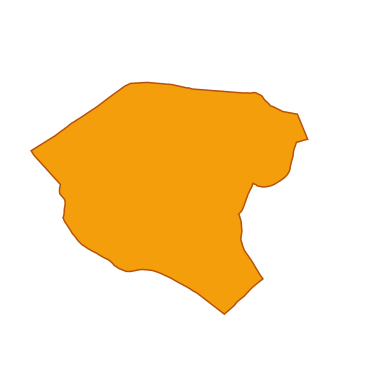 the district of Rahabah, Ma'rib, Yemen, rotated 65°
{"feature_id": "15242507B53834737304279", "entity_name": "Rahabah", "entity_type": "district", "adm_level": 2, "iso_a3": "YEM", "parent_name": "Yemen", "parent_adm1": "Ma'rib", "projection": "robinson", "projection_center": [45.139, 14.958], "detail": "fine", "context": "isolated", "style": "filled", "palette": "amber", "viewbox_px": 384, "rotation_deg": 65, "n_neighbors": 0, "source": "geoboundaries", "source_scale": "gbopen_adm2", "svg_char_len": 5992}
<svg xmlns="http://www.w3.org/2000/svg" viewBox="0 0 384 384"><g transform="rotate(65 192 192)"><path d="M160.8,319.8L162.2,319.8L164.0,319.9L165.9,319.8L167.6,319.5L169.6,319.1L171.4,318.9L173.3,318.6L175.2,318.4L177.2,318.2L178.9,318.0L180.7,317.5L182.5,316.9L184.4,316.6L186.4,316.2L188.2,315.8L190.0,315.2L191.7,314.5L193.4,313.9L194.9,312.9L196.5,311.9L198.0,311.0L199.6,310.1L201.0,309.0L202.7,307.9L204.1,306.8L205.6,305.6L207.0,304.4L208.5,303.5L210.1,302.5L211.6,301.5L213.1,300.4L214.7,299.2L216.2,298.0L217.6,296.8L217.7,296.7L220.2,295.3L222.9,294.2L225.7,293.5L230.6,290.4L236.1,285.3L238.0,281.5L238.6,279.1L239.1,277.2L239.6,274.9L240.1,272.8L240.8,270.9L241.6,269.0L242.7,267.2L243.6,265.5L244.6,263.9L245.7,262.1L246.8,260.6L248.1,259.2L249.5,257.7L250.9,256.3L252.7,254.6L254.2,253.4L255.7,252.1L258.9,249.4L260.3,248.2L261.8,247.1L263.3,246.0L264.1,245.5L266.5,243.8L269.9,241.3L271.6,240.0L273.3,238.8L274.8,237.6L276.4,236.4L277.9,235.4L279.6,234.3L281.1,233.4L282.8,232.3L284.3,231.2L285.8,230.1L316.4,214.3L312.6,201.3L311.9,200.1L310.9,198.0L310.3,196.5L308.3,188.2L307.6,186.8L306.9,185.1L306.2,183.2L305.4,181.3L304.7,179.5L304.0,177.6L303.4,175.5L302.9,173.6L302.4,171.7L301.9,169.5L301.0,165.7L300.7,164.4L300.2,164.5L299.9,164.6L299.5,164.6L299.2,164.8L298.9,164.8L298.4,164.9L298.1,164.9L297.8,165.0L297.5,165.0L297.0,165.1L296.6,165.2L296.0,165.3L295.3,165.4L294.7,165.4L294.0,165.5L293.3,165.6L292.7,165.7L292.0,165.8L291.4,165.8L290.8,165.8L290.2,166.0L289.5,166.0L288.4,166.2L288.0,166.2L287.4,166.3L286.9,166.3L286.6,166.4L285.6,166.4L285.0,166.5L284.5,166.5L283.9,166.6L283.1,166.6L282.5,166.7L281.9,166.7L281.5,166.8L280.9,166.9L280.5,166.9L280.2,167.0L279.8,167.0L279.3,167.1L279.0,167.1L278.5,167.2L277.9,167.3L277.3,167.4L276.6,167.5L275.7,167.7L274.9,167.9L273.7,168.0L272.8,168.2L271.9,168.4L271.0,168.6L270.2,168.7L269.5,168.8L268.6,169.0L268.1,169.0L267.3,169.1L264.4,169.1L263.8,169.0L263.4,169.0L262.8,168.9L262.1,168.8L261.4,168.7L260.7,168.6L260.1,168.5L258.9,168.3L257.8,168.2L257.3,168.1L257.1,168.1L256.7,168.0L256.2,167.9L255.8,167.8L255.3,167.6L254.5,167.2L254.1,166.9L253.5,166.6L253.1,166.4L252.7,166.1L252.2,165.7L251.3,165.0L250.9,164.8L250.4,164.5L250.2,164.3L249.5,164.0L248.9,163.6L248.4,163.3L248.1,163.1L247.7,163.0L247.4,162.8L247.1,162.8L246.8,162.6L246.5,162.6L246.0,162.4L245.7,162.2L245.0,162.0L244.6,161.9L244.1,161.7L243.7,161.5L243.2,161.3L242.7,161.1L242.1,160.9L241.6,160.7L240.5,160.3L240.0,160.1L239.4,160.0L238.9,159.9L237.7,159.7L237.1,159.5L236.8,159.5L236.2,159.5L235.5,159.3L235.2,159.3L234.7,159.2L234.2,159.2L233.9,159.2L233.4,159.1L233.2,159.1L232.8,159.1L232.4,159.0L232.0,159.0L231.9,159.1L231.7,158.8L231.6,158.4L231.4,157.9L231.2,157.5L231.0,157.1L230.7,156.5L230.6,156.0L230.4,155.6L230.2,155.3L230.1,155.0L229.9,154.7L229.7,154.4L229.5,154.0L229.2,153.7L228.7,153.2L228.5,152.9L228.3,152.6L227.5,151.9L227.2,151.6L226.7,151.0L226.1,150.4L225.5,149.8L225.1,149.5L224.4,148.7L224.2,148.5L223.8,148.1L223.3,147.7L222.8,147.1L222.3,146.7L221.9,146.2L221.5,145.9L221.2,145.6L221.0,145.3L220.7,145.0L220.5,144.8L220.0,144.3L219.5,143.9L218.6,143.0L218.2,142.6L217.9,142.3L217.5,142.0L217.2,141.5L217.0,141.2L216.7,140.8L216.4,140.5L216.1,140.1L215.7,139.7L215.3,139.2L215.0,138.9L214.7,138.5L214.3,138.1L213.9,137.6L213.6,137.1L213.3,136.6L212.9,136.2L212.7,135.9L212.3,135.4L211.8,134.8L211.4,134.5L211.2,134.3L211.0,134.0L210.7,133.8L210.5,133.5L210.3,133.3L209.9,133.1L210.0,133.0L210.3,132.7L210.9,132.3L211.6,131.7L211.8,131.5L212.2,131.1L212.5,130.9L213.2,130.6L213.9,130.2L214.2,129.9L214.5,129.6L214.7,129.3L215.0,129.0L215.1,128.8L215.3,128.6L215.5,128.3L216.0,127.7L216.2,127.4L216.4,127.1L216.7,126.8L217.1,126.2L217.2,125.8L217.5,125.4L217.6,125.0L217.8,124.6L218.0,124.1L218.2,123.5L218.5,123.0L218.6,122.5L218.8,122.0L218.9,121.4L219.1,120.7L219.2,120.0L219.4,119.2L219.5,118.5L219.6,118.1L219.7,117.4L219.7,117.0L219.8,116.6L219.8,114.4L219.8,113.8L219.8,113.4L219.6,112.4L219.6,112.0L219.5,111.1L219.4,110.5L219.3,110.0L219.3,109.5L219.2,108.8L219.2,108.1L219.0,107.0L218.8,106.2L218.8,105.7L218.6,104.8L218.5,104.3L218.4,103.7L218.3,103.3L218.3,103.0L218.1,102.3L218.0,102.0L217.8,101.7L217.7,101.3L217.7,101.0L217.4,100.4L217.2,99.8L217.0,99.3L216.8,98.8L216.6,98.5L216.4,98.1L216.2,97.7L215.9,97.4L215.7,97.1L215.5,96.7L215.2,96.2L214.8,95.8L214.5,95.4L214.2,95.0L214.0,94.7L213.7,94.4L213.3,94.1L213.0,93.9L212.7,93.6L212.3,93.4L212.1,93.2L211.7,92.9L211.4,92.8L210.9,92.4L210.6,92.2L210.2,91.9L209.8,91.7L209.6,91.5L209.2,91.2L208.9,90.9L207.9,90.1L207.5,89.8L207.2,89.6L206.9,89.4L206.5,89.1L206.3,88.9L205.9,88.5L205.4,88.1L205.2,87.9L204.8,87.6L204.3,87.2L204.1,87.0L203.8,86.7L203.5,86.4L203.2,86.2L202.9,85.9L202.6,85.7L202.2,85.4L201.8,85.1L201.1,84.7L200.9,84.5L200.4,84.2L199.5,83.7L199.2,83.5L198.6,83.1L198.3,82.9L197.8,82.6L197.6,82.4L197.1,82.0L196.8,81.8L196.5,81.5L196.1,81.1L195.8,80.9L195.6,80.8L195.4,80.5L195.2,80.3L194.9,80.0L194.6,79.7L194.3,79.4L193.9,79.0L193.7,78.8L193.3,78.4L193.1,78.2L192.6,77.7L192.1,77.3L191.9,77.1L191.5,76.7L191.1,76.3L191.2,76.2L191.6,74.3L191.8,72.4L192.1,70.3L192.4,68.2L192.8,66.2L193.2,64.9L166.0,63.6L157.5,75.6L148.2,83.1L147.4,84.2L146.3,84.6L144.4,85.2L142.5,85.9L140.8,86.7L139.0,87.3L137.3,87.6L135.4,87.8L133.6,88.5L132.2,89.7L130.8,91.0L129.1,92.1L128.1,93.7L127.6,95.6L127.0,97.6L126.0,99.2L125.0,101.0L124.4,102.8L119.9,110.8L98.8,148.2L97.5,149.6L96.2,151.0L95.9,152.1L86.2,164.7L73.7,186.4L67.6,201.8L67.6,208.0L71.2,226.6L74.4,241.3L77.7,262.8L77.9,265.1L78.3,267.5L78.6,269.5L78.7,271.8L79.2,274.1L79.8,276.1L80.3,278.2L80.6,280.2L81.2,282.4L81.4,284.4L81.9,286.5L82.4,288.7L82.9,291.1L83.2,292.7L86.6,320.4L92.2,319.6L129.6,308.1L130.9,308.9L132.2,310.2L133.9,311.1L135.6,311.9L137.6,312.5L139.6,312.1L141.3,311.6L143.0,311.1L144.9,310.7L146.9,311.0L148.7,311.8L150.4,312.7L152.1,314.0L153.8,315.1L155.4,315.9L157.1,316.8L158.8,317.9L160.3,319.2L160.8,319.8Z" fill="#f59e0b" stroke="#b45309" stroke-width="1.5"/></g></svg>